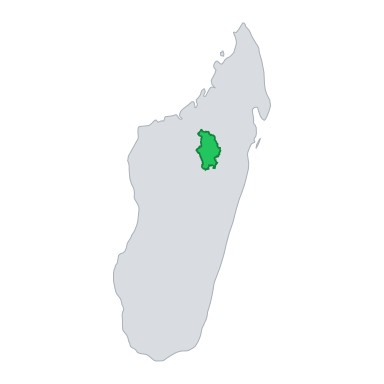 location of Tsaratanana, Betsiboka, Madagascar
{"feature_id": "10022922B96360954496738", "entity_name": "Tsaratanana", "entity_type": "district", "adm_level": 2, "iso_a3": "MDG", "parent_name": "Madagascar", "parent_adm1": "Betsiboka", "projection": "robinson", "projection_center": [47.615, -17.138], "detail": "fine", "context": "in_parent", "style": "filled", "palette": "green", "viewbox_px": 384, "rotation_deg": 0, "n_neighbors": 0, "source": "geoboundaries", "source_scale": "gbopen_adm2", "svg_char_len": 8302}
<svg xmlns="http://www.w3.org/2000/svg" viewBox="0 0 384 384"><path d="M250.0,31.9L251.0,34.5L252.2,37.0L255.8,43.1L257.4,45.4L258.7,47.9L259.4,52.9L261.7,60.6L263.9,72.2L264.5,84.0L265.2,89.5L266.9,94.6L269.7,99.9L270.5,105.8L268.8,111.9L266.3,117.7L265.7,118.8L264.5,120.2L264.0,120.2L262.0,118.7L260.4,116.3L258.4,110.6L257.6,107.7L256.8,107.2L254.4,107.4L252.6,109.3L252.3,110.4L252.7,113.6L253.3,116.5L253.6,119.5L253.6,123.2L254.3,124.3L255.2,125.2L256.2,127.6L256.4,133.4L255.8,136.3L254.1,138.8L254.2,140.2L254.8,141.7L254.2,142.5L251.9,143.6L251.0,144.6L249.8,147.1L247.8,152.3L247.5,155.0L248.7,163.1L248.4,168.8L245.8,179.8L244.4,185.0L242.3,191.2L239.2,199.4L236.1,209.7L233.5,220.3L231.5,226.6L229.3,232.9L226.3,244.0L223.7,255.2L219.9,267.6L214.7,281.4L214.1,283.2L213.0,290.2L211.8,296.4L210.5,302.4L207.5,312.4L207.2,315.5L206.5,318.5L203.7,324.8L202.5,327.1L201.7,329.6L201.2,332.7L200.4,335.8L198.3,341.3L195.3,346.1L193.2,347.9L188.7,350.4L186.4,350.9L181.3,351.0L176.4,352.4L171.3,355.2L166.4,358.4L164.5,359.9L162.5,360.8L156.0,361.0L154.0,360.3L147.5,355.0L145.0,354.2L140.2,353.5L138.7,353.0L137.4,352.3L135.5,349.6L131.6,347.3L130.7,346.6L130.1,345.0L129.7,343.3L128.7,341.3L127.9,337.7L126.7,335.1L123.1,330.6L122.7,329.1L122.4,324.3L122.5,321.1L122.1,315.2L122.5,312.4L123.7,309.8L123.2,307.1L121.9,304.3L121.3,301.3L120.4,298.6L116.6,293.7L115.7,291.3L115.1,288.9L113.6,281.1L113.5,278.4L113.6,272.8L114.1,269.8L115.0,267.8L115.2,266.3L115.8,265.0L116.7,263.9L117.3,262.7L118.6,255.4L120.4,253.8L123.0,252.9L125.0,251.0L126.2,248.4L127.4,243.1L130.7,237.9L131.8,235.1L134.5,230.9L136.8,225.1L137.5,222.3L138.0,219.5L138.6,213.3L139.0,210.2L138.9,207.1L137.5,204.0L134.3,198.3L134.2,197.2L134.4,193.0L134.1,189.9L132.9,186.8L131.4,183.9L129.9,178.6L129.1,169.7L129.2,166.4L128.8,163.6L127.7,160.9L128.4,156.1L138.0,138.8L138.3,136.8L137.9,131.5L138.1,128.5L138.4,127.3L139.1,126.7L140.8,126.4L148.6,125.6L149.6,125.1L151.5,123.6L154.2,120.8L155.4,120.0L156.5,120.3L157.2,121.5L158.1,122.2L161.2,120.9L162.4,120.8L163.7,121.1L164.2,119.9L164.6,118.3L165.0,117.2L165.9,116.6L169.9,116.2L172.5,115.8L175.9,114.7L176.6,114.9L179.3,118.8L180.1,119.2L181.2,119.3L182.1,118.6L179.9,116.6L179.6,115.4L179.7,114.1L180.8,111.2L182.8,109.1L187.2,105.8L191.7,101.9L193.0,101.7L194.1,102.3L195.0,106.8L194.9,107.5L195.6,107.6L196.5,107.1L197.2,105.3L197.3,103.7L196.6,102.3L196.3,101.1L196.3,99.9L198.6,97.3L200.4,94.8L201.3,91.7L202.0,90.3L203.9,88.8L204.5,89.0L204.9,90.3L205.2,91.6L204.7,93.0L204.0,94.3L203.7,96.1L204.8,96.4L205.8,96.0L207.3,92.8L209.0,89.8L210.0,88.2L211.2,87.1L213.4,87.3L215.4,88.0L212.1,84.8L211.2,80.4L215.2,72.8L215.3,71.2L215.8,70.8L216.1,70.2L214.0,67.6L213.7,66.3L213.9,64.4L214.9,62.7L215.8,61.5L217.1,61.0L218.1,61.7L220.3,63.8L221.8,64.1L223.6,62.1L225.1,59.6L227.3,57.8L229.8,56.8L233.7,52.8L236.2,44.5L236.4,42.1L235.9,39.1L235.0,36.3L233.5,32.8L233.9,32.1L236.0,32.5L236.7,32.0L239.0,29.0L242.7,23.0L244.0,23.1L245.1,24.2L245.4,25.8L246.2,27.0L248.7,29.8L250.0,31.9ZM223.7,55.2L223.7,56.1L220.9,55.7L220.4,52.6L221.8,52.5L222.1,51.2L223.0,51.1L223.9,53.8L223.7,55.2ZM258.5,143.9L256.0,148.5L256.7,144.6L259.6,139.1L260.4,138.7L258.5,143.9Z" fill="#d9dde1" stroke="#a8b0b8" stroke-width="1"/><path d="M205.0,169.1L205.3,169.2L205.3,169.6L205.4,169.9L205.8,169.5L206.0,169.5L206.4,169.4L206.8,168.8L207.0,168.7L207.1,169.3L207.9,169.1L208.6,169.0L208.6,168.6L208.6,168.3L208.1,167.7L208.3,167.5L208.5,167.3L208.6,167.1L209.0,166.6L209.1,166.2L209.1,165.5L209.1,165.3L209.4,165.5L210.0,165.3L210.1,165.5L210.4,165.5L210.5,165.8L210.9,165.8L211.2,165.7L211.5,165.1L211.8,165.2L211.9,165.4L212.1,165.3L212.3,165.2L212.6,165.1L212.9,165.4L213.2,165.6L213.5,166.1L213.9,166.3L213.9,166.8L213.7,167.2L213.8,167.3L213.6,167.5L213.2,167.7L213.1,167.9L213.2,168.2L213.4,168.2L213.6,168.2L213.9,167.9L213.7,167.5L213.8,167.3L214.1,167.7L214.1,167.9L214.3,167.9L214.4,168.2L214.5,168.2L214.6,168.3L214.8,168.3L214.8,167.9L215.0,167.7L215.1,167.0L215.3,166.6L215.1,165.9L215.4,165.4L215.6,165.1L215.7,164.6L216.0,164.6L216.2,164.4L216.1,164.2L215.9,164.2L215.9,163.6L216.3,163.5L216.4,163.3L216.6,163.4L216.9,163.2L217.0,163.3L217.2,163.1L217.2,162.7L217.3,162.6L217.0,162.4L216.7,162.4L216.3,162.1L216.4,161.9L216.2,161.6L215.9,161.3L215.6,161.0L215.6,160.7L215.8,160.2L215.6,160.2L215.4,160.3L215.2,160.3L215.2,160.2L214.9,159.6L214.7,159.6L214.5,158.7L214.4,158.4L214.5,157.9L214.7,158.1L214.8,158.1L215.0,157.8L215.2,157.7L215.5,157.3L215.8,157.6L216.0,157.5L216.3,156.7L216.5,156.5L216.6,156.1L216.9,156.2L216.9,156.3L217.1,156.3L217.1,156.5L217.3,156.5L217.5,156.6L217.7,156.4L217.7,156.8L217.8,156.9L218.3,156.6L218.5,155.9L218.4,155.7L218.3,155.4L218.4,154.8L218.5,154.6L219.0,154.8L219.1,154.6L219.5,154.3L219.4,154.2L219.4,153.3L219.2,152.8L219.3,152.7L219.4,152.4L219.4,152.1L219.7,152.0L219.9,152.1L220.0,151.9L220.1,151.7L220.2,151.2L220.5,150.9L220.2,150.4L220.3,150.3L220.0,150.1L220.0,149.4L220.1,148.8L220.0,148.6L220.2,148.0L220.1,147.7L219.8,147.7L219.5,147.8L219.4,148.0L219.2,148.0L218.9,147.9L218.9,147.6L218.7,147.5L218.3,147.7L218.2,147.5L218.0,147.3L218.0,147.0L217.8,146.6L217.6,146.4L217.5,146.2L217.3,146.0L217.5,145.7L217.6,145.4L217.3,145.4L217.3,145.2L217.2,145.0L217.3,144.8L217.5,144.7L217.6,144.3L217.6,143.8L217.4,143.7L217.2,143.7L216.9,143.5L216.9,143.3L216.9,143.1L216.3,142.6L216.4,142.1L216.3,141.9L215.9,141.2L215.6,140.6L215.2,140.5L215.0,140.3L214.9,139.9L214.5,139.5L214.7,139.1L214.9,139.0L215.0,138.9L215.0,138.6L214.8,138.2L215.0,137.7L215.0,137.4L214.8,137.0L214.7,136.6L214.5,136.4L214.4,136.0L214.1,135.9L213.8,136.0L213.7,135.8L213.4,135.6L213.2,135.5L213.2,135.3L212.4,135.4L212.2,135.1L211.7,134.8L211.3,134.6L211.1,134.8L211.1,135.0L210.8,135.1L210.9,134.9L210.6,134.8L210.6,134.7L209.7,134.0L209.3,133.9L209.2,133.8L208.9,133.7L209.0,133.4L208.9,133.4L208.9,133.1L208.8,132.8L209.0,132.7L209.0,132.2L208.7,132.1L208.3,132.0L208.2,131.7L207.7,131.8L207.7,131.7L207.2,131.8L206.8,131.7L206.7,131.6L205.9,131.5L205.9,132.1L205.2,132.2L204.7,131.9L204.2,131.8L203.8,131.7L203.3,131.8L203.3,131.7L203.2,131.6L203.0,131.4L202.8,131.3L201.7,129.7L201.4,129.6L201.1,129.7L200.9,129.9L200.9,130.4L200.7,130.7L200.7,130.8L200.9,131.0L200.5,131.1L200.3,131.2L199.6,131.9L199.5,132.4L199.5,132.8L199.4,132.9L199.1,132.9L198.8,132.7L198.3,133.3L198.1,133.3L198.0,133.6L197.9,133.8L198.1,134.3L198.3,134.5L198.6,134.3L198.6,134.5L199.0,134.8L199.1,135.0L199.0,135.4L199.1,135.5L199.2,135.3L199.3,135.3L200.2,135.8L200.3,135.9L200.5,136.1L200.9,136.2L200.9,136.6L201.1,136.2L201.4,136.2L201.5,136.6L201.5,136.8L201.8,136.9L201.8,137.0L201.7,137.2L201.8,137.7L201.6,137.8L201.4,138.3L201.4,138.5L201.1,138.6L201.1,138.9L201.1,139.0L201.3,139.3L201.2,139.5L201.2,140.0L201.2,140.4L201.1,140.8L200.8,141.4L200.8,141.7L200.8,141.9L200.8,142.3L200.9,142.5L201.0,142.6L200.9,142.8L201.1,143.0L201.0,143.4L201.0,143.6L201.3,143.7L201.4,143.8L201.3,144.1L201.3,144.4L201.3,144.5L201.2,144.9L201.5,145.1L201.5,145.9L201.5,146.1L201.3,146.3L201.0,146.7L200.7,146.6L200.1,146.3L200.0,146.7L199.8,146.9L199.8,147.4L199.8,147.5L199.7,147.7L199.3,147.4L199.1,147.1L198.8,147.7L198.4,148.3L198.2,148.3L197.7,148.8L197.5,148.7L197.4,148.8L197.4,149.1L196.9,149.2L196.7,149.4L196.4,149.8L196.5,150.1L196.4,150.4L196.6,150.4L196.9,150.8L197.0,150.8L197.1,151.4L197.4,151.5L197.4,151.9L197.7,152.0L197.9,152.3L197.9,152.6L198.0,152.6L198.1,152.4L198.3,152.4L198.4,153.1L198.5,153.2L198.9,153.1L199.1,152.9L199.3,153.0L199.4,153.4L199.6,153.5L199.8,153.8L199.7,154.1L199.8,154.8L200.0,155.4L200.5,155.9L200.4,156.1L200.2,156.3L200.2,156.6L200.3,156.8L200.4,156.7L200.7,156.9L201.0,157.2L201.1,157.5L201.3,157.7L201.3,158.0L201.1,158.2L201.3,158.4L201.3,158.8L201.4,159.3L201.7,159.2L201.7,159.3L201.7,159.5L201.7,159.9L201.9,160.5L202.0,160.5L202.1,160.4L202.1,160.0L202.3,160.2L202.4,160.6L202.4,161.2L202.5,161.5L202.8,161.9L202.7,162.1L202.7,162.3L202.5,162.5L202.4,162.9L202.5,163.0L203.0,163.3L203.0,163.6L202.9,163.8L203.0,164.0L202.8,164.2L202.8,164.5L202.5,164.9L202.3,164.8L202.0,164.9L202.3,165.5L202.0,165.8L201.9,165.9L201.9,166.0L201.8,166.6L202.0,167.2L202.3,167.7L202.6,168.0L203.2,168.3L203.7,168.4L203.6,168.8L203.9,168.8L204.3,169.0L204.8,168.9L205.0,169.0L205.0,169.1Z" fill="#22c55e" stroke="#15803d" stroke-width="1.5"/></svg>